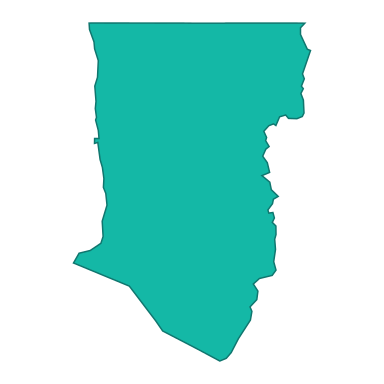 Taos, New Mexico, United States of America (Albers equal-area conic projection)
{"feature_id": "52423323B45931261508118", "entity_name": "Taos", "entity_type": "district", "adm_level": 2, "iso_a3": "USA", "parent_name": "United States of America", "parent_adm1": "New Mexico", "projection": "albers", "projection_center": [-105.561, 36.505], "detail": "fine", "context": "isolated", "style": "filled", "palette": "teal", "viewbox_px": 384, "rotation_deg": 0, "n_neighbors": 0, "source": "geoboundaries", "source_scale": "gbopen_adm2", "svg_char_len": 1349}
<svg xmlns="http://www.w3.org/2000/svg" viewBox="0 0 384 384"><path d="M89.1,23.1L89.5,29.5L94.0,41.9L94.6,48.8L98.3,60.6L97.5,77.3L94.8,86.1L96.0,101.4L95.3,108.6L96.5,117.4L95.6,120.0L98.3,130.4L99.0,138.5L94.6,138.5L94.5,143.4L97.8,142.4L100.1,159.6L102.4,167.4L103.9,178.7L103.4,187.4L105.8,193.4L107.0,205.2L102.2,221.2L103.1,236.5L100.9,243.3L90.2,250.5L79.1,253.2L73.5,263.0L129.3,286.1L134.5,292.9L155.6,320.7L162.7,331.0L196.8,348.7L219.8,361.0L226.3,358.3L231.2,352.6L238.5,338.5L250.4,320.1L251.9,311.4L250.0,306.9L256.8,299.6L257.9,291.1L253.3,284.0L259.4,278.5L272.2,275.4L276.0,270.1L273.7,261.7L275.5,249.4L274.7,239.2L276.0,234.6L275.9,226.0L272.3,222.4L274.4,218.0L272.9,212.5L268.8,213.1L267.9,209.9L272.5,203.7L273.4,199.2L278.2,196.4L271.3,189.7L269.8,182.2L261.9,175.6L269.6,172.4L267.3,162.7L262.7,156.2L265.8,149.2L269.1,146.5L265.6,140.6L266.6,137.5L263.8,131.3L268.8,125.7L273.5,123.9L275.9,125.5L279.6,116.8L285.7,115.0L288.5,118.4L296.9,118.7L302.3,116.5L304.0,113.0L303.4,100.1L300.9,93.5L303.3,88.7L301.4,86.2L304.3,78.8L302.5,73.9L310.5,50.5L307.3,49.2L300.5,34.5L300.5,27.8L304.8,23.2L304.7,23.2L296.3,23.1L250.2,23.1L243.8,23.1L242.5,23.1L237.6,23.1L225.6,23.1L224.6,23.2L218.7,23.2L193.1,23.2L182.8,23.1L168.6,23.1L168.1,23.1L91.8,23.0L91.5,23.0L89.1,23.1Z" fill="#14b8a6" stroke="#0f766e" stroke-width="1.5"/></svg>